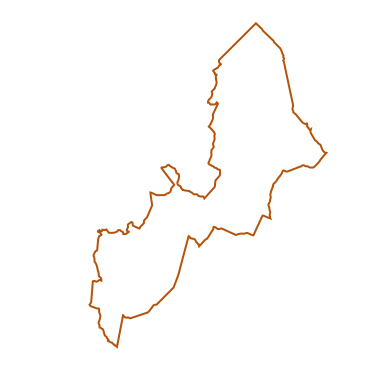 an SVG outline of Eastern, rotated 45°
{"feature_id": "KEN-889", "entity_name": "Eastern", "entity_type": "National Capital Area", "adm_level": 1, "iso_a3": "KEN", "parent_name": "Kenya", "parent_adm1": "", "projection": "albers", "projection_center": [37.864, 0.691], "detail": "fine", "context": "isolated", "style": "outline", "palette": "amber", "viewbox_px": 384, "rotation_deg": 45, "n_neighbors": 0, "source": "natural_earth", "source_scale": "10m", "svg_char_len": 6006}
<svg xmlns="http://www.w3.org/2000/svg" viewBox="0 0 384 384"><g transform="rotate(45 192 192)"><path d="M126.2,27.2L127.4,27.7L128.0,27.8L142.9,27.5L144.2,28.1L152.6,28.0L155.2,28.8L158.3,30.3L160.1,30.7L160.5,31.1L161.2,32.2L161.5,32.4L162.4,32.4L162.7,32.5L163.0,32.9L163.5,34.5L164.3,34.6L201.9,59.0L202.7,59.8L203.8,61.6L204.5,62.4L205.0,62.7L206.3,63.1L207.3,64.0L207.9,64.1L209.2,63.8L210.6,63.7L219.9,64.7L222.3,64.5L224.5,63.5L224.6,62.5L225.0,62.3L226.1,63.1L226.4,63.5L226.7,64.1L227.9,64.4L228.7,64.1L228.9,64.5L229.1,64.6L231.6,64.8L231.7,63.6L232.8,65.2L233.5,65.9L234.3,66.3L241.9,68.3L243.0,68.3L244.8,68.0L245.5,68.1L246.2,68.3L246.9,68.3L249.4,67.8L254.3,69.9L256.0,70.3L257.6,70.3L259.3,69.3L259.9,78.1L260.4,79.6L260.7,82.1L260.7,87.9L260.5,89.0L259.4,89.9L258.4,91.1L258.1,91.3L255.4,92.2L254.1,93.5L252.5,93.9L251.7,94.5L251.2,95.2L251.1,97.0L250.6,97.4L245.2,109.6L244.3,110.9L242.0,111.7L241.5,112.0L241.2,112.9L242.2,115.0L242.8,117.8L243.0,120.2L244.0,125.4L244.0,129.0L244.5,129.7L244.7,130.3L245.5,131.1L245.7,131.5L246.3,133.3L247.6,135.9L249.4,138.7L251.2,139.9L251.9,140.7L252.9,142.5L253.7,143.4L254.1,144.3L254.6,146.3L254.9,146.8L255.7,147.5L257.6,148.3L258.7,149.3L261.4,150.8L262.0,151.4L262.6,152.6L263.6,153.7L264.4,154.1L265.2,154.8L266.2,155.3L259.3,158.2L258.6,158.8L258.7,159.3L265.9,178.7L266.0,179.3L265.1,179.9L259.9,181.9L258.3,184.6L257.7,185.3L256.3,186.5L255.7,187.2L254.5,189.0L254.0,189.9L253.7,190.9L253.5,191.3L238.9,196.8L238.3,197.3L237.7,198.6L236.8,199.8L236.3,200.0L233.4,200.4L232.1,201.2L232.0,201.5L232.0,201.9L233.0,202.7L233.1,202.9L235.5,213.1L235.6,214.8L235.1,216.3L235.5,225.4L233.9,224.7L233.7,224.3L232.9,224.5L232.2,224.5L231.6,224.2L230.5,224.4L228.0,223.6L226.8,223.6L224.6,225.2L223.3,225.8L222.3,225.4L221.9,225.6L221.0,225.5L221.1,226.1L241.0,260.4L246.2,271.8L246.5,272.7L246.6,296.4L246.4,297.0L245.0,298.6L244.9,299.2L246.0,306.6L245.9,307.8L245.8,308.7L237.8,324.7L237.2,325.3L236.0,325.6L235.5,325.9L234.5,327.3L233.5,327.9L232.5,328.1L230.6,327.8L230.4,327.9L248.5,354.6L247.8,354.7L247.2,354.4L246.8,354.3L245.6,355.3L245.2,355.3L244.5,355.0L243.3,355.2L242.0,355.1L241.6,355.3L240.5,356.0L239.3,356.2L238.8,356.5L237.9,356.8L237.7,356.7L237.8,356.0L237.6,355.7L235.5,355.5L233.7,354.9L231.7,355.1L230.8,354.5L229.6,354.1L228.7,353.3L226.5,352.2L225.6,352.1L225.0,352.5L224.2,352.5L223.2,352.7L222.5,353.2L220.9,351.7L218.8,350.8L218.3,350.4L217.0,347.6L215.1,344.7L214.1,343.9L211.8,342.9L210.5,341.9L209.4,340.6L208.8,340.3L208.3,340.5L207.9,341.0L206.8,341.7L201.5,344.2L200.5,344.5L199.3,344.2L198.8,342.0L198.4,340.9L185.3,325.6L185.1,324.9L185.5,324.3L186.3,323.7L187.5,323.3L187.9,323.0L188.2,322.4L188.7,319.8L189.4,319.2L190.7,318.8L190.6,318.6L190.3,318.3L188.7,317.4L188.1,317.2L186.4,317.4L185.1,316.9L182.4,314.7L181.0,314.2L178.0,312.1L175.6,310.9L174.4,310.5L172.2,310.1L170.3,308.2L169.5,307.6L167.9,306.9L167.4,306.6L167.0,306.1L166.6,305.1L165.8,303.0L165.7,302.0L166.1,300.5L165.5,299.5L159.1,291.8L158.0,290.0L157.6,288.8L158.3,286.5L158.2,286.2L156.6,285.8L156.1,285.8L155.7,285.9L154.0,286.6L153.5,286.5L153.3,286.2L153.2,286.0L153.5,284.4L154.7,284.6L155.1,284.4L155.8,283.6L155.9,283.3L155.3,282.4L155.2,282.1L157.3,280.6L157.6,280.0L157.7,279.3L157.9,279.1L158.1,279.0L161.6,279.6L162.1,279.6L165.6,276.1L166.5,274.3L167.0,272.8L166.8,271.3L166.9,270.9L167.4,270.4L168.4,269.8L169.7,269.8L171.4,269.2L171.9,269.3L173.3,270.3L173.9,269.7L175.1,268.0L175.1,267.2L175.5,265.5L175.5,264.9L175.2,264.7L173.7,265.4L173.0,265.3L172.3,264.2L171.7,262.3L171.5,262.0L169.8,260.6L169.7,259.9L170.2,256.7L170.4,256.1L171.1,255.8L171.6,255.8L173.6,257.3L174.1,257.5L174.4,257.4L180.2,255.3L180.7,255.0L180.7,254.8L180.4,254.3L180.1,253.0L180.1,248.4L179.7,247.8L178.3,246.1L178.2,245.7L178.1,242.0L178.0,241.3L173.4,230.0L173.1,229.5L164.0,222.7L163.0,221.7L164.3,221.0L168.5,219.5L170.0,218.5L174.9,213.5L175.1,213.0L175.3,210.9L176.3,209.3L176.5,207.7L176.5,207.2L175.9,205.9L175.0,204.5L174.6,203.6L174.5,200.1L174.2,199.5L173.7,199.4L154.0,196.8L153.5,196.7L153.3,196.5L153.2,196.3L153.3,195.8L154.1,195.1L154.9,194.1L155.2,193.2L155.7,192.6L155.8,191.9L155.7,190.4L155.9,189.6L156.3,189.2L157.6,189.3L160.8,188.6L161.8,188.3L162.7,187.8L163.5,187.7L164.1,187.8L165.5,188.5L166.2,188.6L166.8,189.2L167.4,189.5L168.4,189.5L168.8,189.4L169.5,188.8L170.1,188.8L172.1,190.4L173.5,192.4L174.4,194.1L174.7,195.3L175.9,196.5L177.0,196.9L179.7,196.2L180.1,196.2L181.6,197.0L182.2,197.1L183.3,196.8L184.0,197.2L184.8,196.5L185.9,196.0L187.4,194.7L188.7,193.9L189.5,193.1L190.4,193.2L190.8,193.2L192.2,192.5L193.7,192.5L195.0,192.2L195.7,191.8L196.4,190.7L197.5,190.0L198.1,190.0L198.6,190.3L199.1,190.3L200.9,189.4L202.9,187.4L203.6,187.3L205.3,187.8L204.5,172.7L204.2,172.0L203.8,171.3L201.1,168.2L200.6,167.4L200.4,166.7L200.0,160.8L199.7,160.1L199.2,159.5L196.4,156.8L196.0,156.7L195.2,157.0L194.2,157.8L193.8,157.9L192.8,157.8L192.3,157.9L190.6,158.8L189.9,158.9L188.9,158.8L187.6,159.5L185.8,159.8L184.6,160.3L183.8,160.3L183.4,160.1L183.1,159.8L180.2,152.8L179.4,151.8L177.6,150.3L176.2,148.7L175.7,145.2L175.5,144.8L173.4,143.6L172.6,142.9L171.8,140.8L170.8,138.9L169.9,137.9L168.1,136.5L167.5,135.3L167.0,134.8L165.5,134.1L161.1,133.7L157.9,133.9L157.5,133.8L157.5,132.4L157.2,131.0L155.3,126.0L154.7,124.9L152.1,122.6L151.8,122.1L148.0,111.4L147.7,111.1L147.2,111.0L146.6,111.0L146.1,111.2L146.6,112.5L146.4,113.4L145.9,114.3L143.5,116.8L142.9,117.1L141.6,116.9L141.1,116.9L140.7,117.0L140.1,117.5L139.0,116.2L138.7,114.4L138.7,112.4L138.4,110.6L137.3,108.8L136.6,107.9L135.1,107.1L134.8,106.0L134.8,102.7L134.0,101.2L133.7,100.0L133.2,99.1L132.4,97.6L131.4,96.7L129.0,95.1L127.2,93.6L127.0,93.4L126.8,92.1L126.6,91.7L126.3,91.6L125.5,92.3L125.1,92.5L124.7,92.4L124.1,91.8L123.8,91.6L122.0,91.6L121.3,91.4L121.1,90.5L122.3,85.7L122.3,85.2L121.7,83.3L122.3,81.5L122.1,81.2L120.5,81.4L119.0,80.7L118.2,80.2L117.8,79.1L117.9,27.5L124.2,27.4L126.2,27.2Z" fill="none" stroke="#b45309" stroke-width="2"/></g></svg>